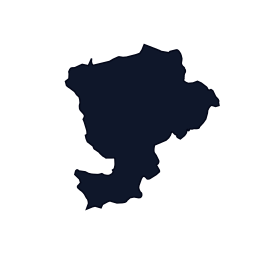 the Department of Comayagua, rotated 22°
{"feature_id": "HND-646", "entity_name": "Comayagua", "entity_type": "Department", "adm_level": 1, "iso_a3": "HND", "parent_name": "Honduras", "parent_adm1": "", "projection": "mercator", "projection_center": [-87.57, 14.554], "detail": "fine", "context": "isolated", "style": "filled", "palette": "ink", "viewbox_px": 256, "rotation_deg": 22, "n_neighbors": 0, "source": "natural_earth", "source_scale": "10m", "svg_char_len": 3326}
<svg xmlns="http://www.w3.org/2000/svg" viewBox="0 0 256 256"><g transform="rotate(22 128 128)"><path d="M52.6,108.2L54.8,104.4L53.2,99.8L52.1,98.0L52.2,95.5L52.6,94.1L53.5,93.3L55.5,92.4L56.4,91.8L61.7,86.2L67.9,85.1L68.2,77.2L69.1,80.1L70.3,81.9L72.1,83.1L86.0,73.2L88.5,69.9L92.3,65.9L93.0,65.4L96.9,64.5L100.1,62.9L108.1,57.0L111.0,54.4L111.8,50.5L111.8,44.6L128.1,44.4L130.1,44.6L137.7,42.9L138.3,41.3L143.4,37.6L144.0,37.3L144.6,37.2L145.4,37.4L146.4,37.8L148.7,39.4L150.0,40.8L151.9,43.5L152.4,45.1L152.9,47.3L153.2,48.1L153.6,48.8L154.5,49.6L155.3,50.2L157.0,50.8L157.7,51.2L158.4,52.2L159.3,52.7L159.9,53.8L160.1,54.7L159.9,56.4L160.0,57.2L160.2,58.2L160.7,59.5L160.9,60.3L161.4,61.4L161.4,61.8L161.4,62.3L161.4,62.7L161.8,63.2L162.7,63.7L164.6,64.1L167.2,64.1L171.5,61.9L174.9,58.7L179.1,58.9L185.3,60.6L186.1,61.0L187.4,62.2L188.4,62.7L189.4,62.4L190.5,61.3L191.6,61.5L192.7,61.8L197.4,66.1L200.4,67.5L201.1,68.0L202.0,69.0L202.2,70.3L203.9,73.0L201.1,75.2L197.4,75.5L196.9,75.7L196.4,76.2L195.9,77.1L195.4,78.9L195.2,81.7L196.0,84.5L196.7,90.6L195.7,94.9L193.8,99.9L193.7,100.6L193.9,100.9L193.8,101.2L193.5,101.7L192.2,102.6L191.3,103.0L190.5,103.3L189.9,103.5L189.3,103.7L187.8,104.9L186.8,105.2L186.2,105.3L185.8,105.6L185.6,106.1L185.5,107.2L185.3,107.7L184.7,107.8L184.3,107.6L184.1,107.3L183.8,107.1L183.5,107.3L183.4,108.0L183.7,109.3L183.8,110.4L183.8,111.3L183.2,113.8L180.6,118.5L178.6,118.3L177.9,118.2L177.2,118.0L176.6,117.7L176.4,117.3L176.2,116.6L176.0,116.3L175.5,116.3L175.0,116.3L174.3,116.3L173.6,116.1L172.8,115.8L172.1,115.4L171.3,115.1L170.7,115.0L170.1,115.4L169.8,116.1L169.9,118.8L169.7,119.8L169.5,120.8L169.4,121.7L167.8,125.0L158.9,133.9L159.5,136.7L159.9,138.1L160.6,139.8L161.5,141.1L164.3,142.9L168.4,146.6L168.9,147.2L169.2,148.1L169.2,149.8L168.7,150.6L168.2,151.1L168.3,151.6L168.6,152.1L172.9,155.5L173.5,156.8L171.6,160.6L167.1,166.8L166.2,167.5L164.9,168.0L162.7,166.9L161.7,166.7L160.9,166.8L160.1,167.1L159.6,168.2L159.3,170.1L159.6,177.2L160.0,179.0L160.6,180.1L161.6,181.3L162.6,182.2L163.4,182.8L164.0,183.0L164.6,183.2L165.0,183.5L165.2,183.8L165.8,184.9L166.0,185.7L166.0,186.7L165.3,187.9L164.0,188.6L159.4,189.6L156.0,191.8L154.1,195.6L154.0,196.6L152.9,198.0L150.8,199.3L145.8,201.6L140.2,202.2L139.1,202.2L138.0,202.7L136.7,203.9L133.0,208.4L132.9,212.1L126.7,212.7L124.4,214.4L119.9,218.8L119.7,212.7L118.7,210.9L117.4,209.2L115.6,208.2L112.5,205.6L110.6,204.5L108.6,203.7L106.8,203.3L103.9,202.2L103.3,201.6L103.1,200.9L103.3,200.0L103.7,199.3L104.6,196.4L102.2,193.5L96.1,191.0L95.6,187.4L96.1,186.2L96.5,185.9L97.0,185.8L97.3,185.8L98.3,186.3L104.8,184.7L108.3,185.0L111.1,184.6L113.2,184.0L117.0,182.7L118.6,181.9L120.9,180.1L123.5,180.5L126.3,179.9L127.8,179.3L128.6,178.7L130.3,176.6L130.9,174.2L129.4,172.8L130.6,170.9L130.0,167.4L129.5,166.0L127.4,161.4L126.6,160.7L118.7,164.0L117.3,163.6L115.4,163.4L111.9,162.1L110.0,161.1L104.7,160.0L104.2,159.8L102.6,158.1L102.4,157.8L95.5,155.9L93.1,153.4L91.3,150.7L92.0,150.0L92.2,149.6L92.3,149.1L92.2,148.4L90.9,145.8L85.2,138.7L83.2,136.7L83.4,135.0L83.3,133.2L82.7,132.4L81.6,131.5L77.3,129.4L76.0,128.3L74.9,126.1L74.5,124.9L74.3,123.1L74.1,122.4L72.7,119.7L71.1,117.5L67.9,116.3L64.9,114.2L58.9,112.6L57.6,112.4L55.9,111.9L55.0,111.5L52.6,108.2Z" fill="#0f172a" stroke="#020617" stroke-width="1.5"/></g></svg>